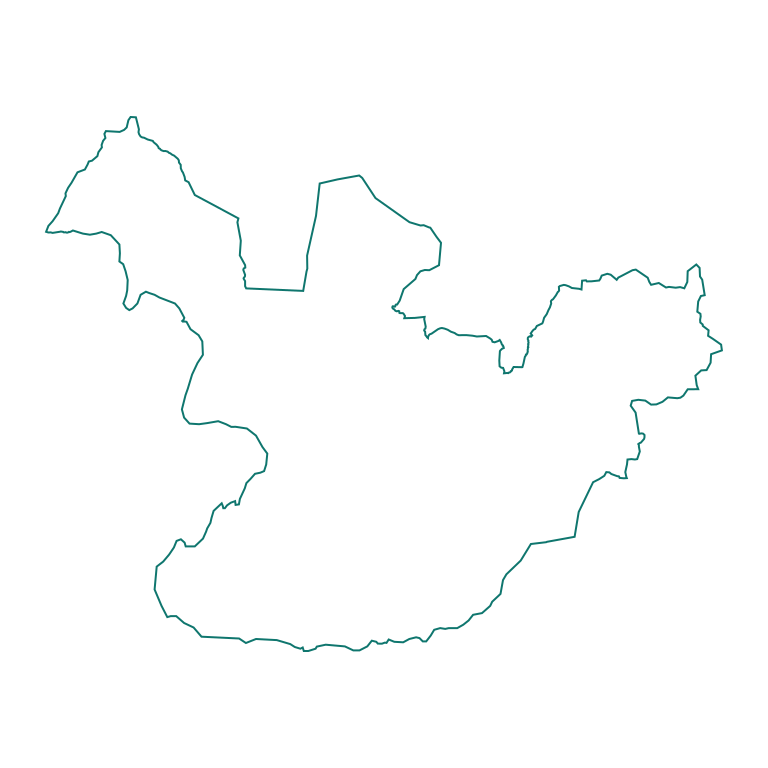 outline of Chikun, Kaduna, Nigeria
{"feature_id": "59680162B24550873512487", "entity_name": "Chikun", "entity_type": "district", "adm_level": 2, "iso_a3": "NGA", "parent_name": "Nigeria", "parent_adm1": "Kaduna", "projection": "mercator", "projection_center": [7.25, 10.419], "detail": "fine", "context": "isolated", "style": "outline", "palette": "teal", "viewbox_px": 768, "rotation_deg": 0, "n_neighbors": 0, "source": "geoboundaries", "source_scale": "gbopen_adm2", "svg_char_len": 6081}
<svg xmlns="http://www.w3.org/2000/svg" viewBox="0 0 768 768"><path d="M574.6,536.8L578.7,512.0L593.1,482.2L599.2,479.1L604.3,475.8L606.3,472.1L609.4,472.4L611.3,474.0L617.3,476.2L618.8,476.3L619.1,476.6L619.6,477.9L623.9,478.3L626.8,478.1L626.3,476.8L625.3,472.1L627.0,464.4L627.5,459.5L631.5,459.1L634.9,459.5L637.2,459.1L639.8,451.5L638.9,446.7L638.9,445.1L638.3,444.1L639.6,443.1L640.9,442.6L644.1,438.9L644.5,437.2L644.5,435.0L643.2,433.7L642.4,433.5L641.3,433.4L639.2,433.8L638.9,433.6L635.6,412.6L630.7,405.7L632.1,400.9L638.3,399.8L645.3,400.6L651.1,404.6L656.4,404.4L662.5,401.8L667.9,397.4L677.3,398.2L680.4,397.7L683.4,395.6L687.7,389.3L698.2,389.2L696.7,385.1L695.4,375.7L701.2,370.4L706.6,370.1L710.6,362.7L711.1,354.2L721.9,350.4L721.1,344.6L712.8,338.8L708.1,335.8L708.6,330.3L702.8,325.9L702.7,324.5L700.3,322.5L700.1,319.8L700.7,316.4L700.4,313.8L697.3,311.7L698.2,301.5L700.9,296.0L704.7,295.2L702.2,279.7L700.0,276.5L699.6,267.9L696.3,264.5L687.7,271.2L687.3,282.0L684.3,288.3L680.1,287.1L675.7,287.7L669.0,286.9L666.0,287.5L658.8,283.0L651.1,284.8L649.3,281.9L647.7,277.7L635.8,269.6L632.5,270.2L618.3,277.6L616.7,279.8L610.7,274.7L607.3,273.8L601.7,275.6L600.4,278.7L599.2,280.5L591.6,281.3L586.8,281.4L586.0,280.3L582.1,280.7L581.5,289.5L579.1,288.8L571.9,288.0L569.0,286.4L565.7,285.2L563.8,284.9L559.9,286.0L558.9,286.8L559.1,290.6L558.4,291.6L557.8,292.0L555.9,295.4L553.0,299.3L552.2,299.7L551.2,300.7L550.9,301.4L551.2,303.5L549.9,307.4L548.5,310.0L546.7,314.2L544.1,317.8L543.0,321.8L542.3,323.4L536.8,326.0L535.2,328.9L533.6,329.7L532.3,331.2L530.7,333.5L532.2,335.4L531.2,336.6L530.5,336.5L530.2,336.2L529.3,336.5L528.0,337.5L527.8,338.1L527.8,339.5L528.4,340.5L528.2,341.3L528.6,342.3L528.3,343.3L528.4,343.6L528.1,344.1L528.4,344.5L528.2,345.5L528.2,346.1L528.0,346.5L528.3,347.2L527.9,347.5L527.9,349.1L527.6,349.7L527.8,351.8L527.4,352.3L527.4,353.0L526.7,354.4L526.3,354.8L525.9,354.7L525.6,355.9L524.9,356.8L523.4,363.7L522.4,367.1L522.0,367.2L513.6,367.0L512.1,369.5L512.0,370.4L511.3,371.2L510.8,371.2L510.7,371.6L509.9,372.4L508.5,372.7L508.3,373.1L506.9,373.0L504.0,373.3L504.4,371.3L503.1,367.9L501.3,367.7L499.6,366.3L499.3,360.5L499.9,351.2L500.2,350.6L502.0,348.8L503.8,348.0L503.4,346.4L502.8,345.9L502.9,345.4L501.9,344.5L501.1,342.3L499.7,340.0L498.3,341.0L494.7,342.3L492.5,341.8L491.7,339.7L490.2,338.5L486.1,336.0L476.8,336.5L472.5,335.7L466.2,335.1L458.7,335.2L456.6,334.4L454.6,333.0L450.9,331.7L447.8,329.8L444.6,328.6L441.9,328.0L440.2,328.3L438.0,329.2L431.5,333.7L430.0,334.2L429.1,334.9L428.1,336.7L428.0,338.1L427.0,337.3L426.6,336.5L425.4,335.1L425.1,331.6L424.2,330.6L424.4,329.4L425.4,328.5L425.7,326.6L424.2,319.1L424.6,316.9L415.0,317.9L404.3,318.2L405.0,316.0L403.6,313.8L402.8,313.1L399.9,313.1L399.4,312.9L399.2,311.2L398.5,310.9L396.7,311.3L395.4,310.8L394.2,309.3L393.3,308.9L392.5,308.0L392.3,307.2L392.7,306.3L393.6,306.3L394.5,306.7L395.2,306.5L395.5,305.2L396.1,304.5L397.2,304.5L399.7,300.6L403.7,289.1L415.4,279.0L417.0,275.1L420.4,271.3L424.8,270.0L429.3,270.2L439.0,265.2L441.0,242.8L436.5,236.8L430.3,227.7L429.0,227.4L423.7,225.2L420.5,225.5L409.5,222.2L375.5,198.1L362.2,177.9L359.2,175.5L337.6,179.4L319.7,183.5L316.0,215.9L307.1,255.6L307.3,268.6L306.5,271.6L303.2,290.9L246.2,288.4L245.1,286.2L245.1,281.1L243.6,278.6L243.7,278.0L244.9,276.5L245.1,274.9L243.3,269.9L243.7,268.5L245.3,267.6L245.1,265.1L239.8,255.4L240.8,240.7L237.4,222.3L238.4,218.4L194.8,195.0L188.6,182.2L185.2,180.4L184.6,176.9L182.9,172.4L182.1,171.4L180.8,168.3L180.7,164.8L179.0,162.6L178.8,160.3L177.8,158.8L174.1,155.6L172.1,154.7L170.3,153.3L169.1,152.9L167.6,151.6L165.3,151.0L163.7,151.1L161.7,150.4L160.6,149.7L160.0,148.8L158.7,148.2L158.2,146.7L156.6,144.7L153.6,142.2L152.8,140.9L147.7,139.5L144.0,137.7L142.2,137.4L140.6,136.5L139.1,134.2L138.5,132.2L138.9,129.3L135.9,117.3L130.6,117.0L128.4,120.2L126.7,127.4L124.1,129.9L119.7,131.9L105.9,131.1L104.4,133.9L105.4,138.0L103.1,140.8L101.6,145.0L101.9,147.4L98.4,152.2L97.4,156.1L92.0,160.7L88.8,161.5L87.6,164.5L84.9,169.5L77.5,172.3L71.5,182.8L68.1,187.8L65.5,193.3L65.8,196.1L59.9,208.6L58.2,213.2L52.6,221.2L48.4,225.9L46.1,231.8L48.4,232.5L50.7,232.4L52.6,232.9L60.2,231.7L60.8,231.5L63.2,231.9L63.5,232.3L65.1,232.4L65.5,232.2L67.0,232.7L68.4,232.3L68.9,231.9L69.4,232.1L70.5,231.8L72.9,230.5L82.9,233.6L89.9,234.7L96.3,233.6L101.7,232.0L110.8,235.2L119.4,244.5L119.9,253.3L119.4,261.5L123.2,264.2L125.6,271.3L127.7,280.0L127.2,290.4L126.1,295.9L123.4,303.5L126.1,307.9L129.3,310.1L132.6,308.4L137.4,303.5L140.6,294.8L145.9,291.7L149.4,293.1L154.6,294.8L159.4,297.5L175.0,303.5L179.3,308.4L184.3,317.8L183.6,319.7L182.2,321.0L182.8,321.6L184.5,321.5L186.5,321.8L190.5,329.2L198.6,335.2L202.3,341.4L202.9,354.8L197.5,363.0L192.1,374.5L187.8,388.7L185.5,395.2L181.9,409.4L184.1,417.6L189.5,423.6L199.1,424.2L207.2,423.1L218.2,421.2L226.0,424.2L231.3,426.9L235.6,426.8L246.9,428.5L256.0,435.6L262.5,447.1L267.3,453.6L266.2,464.5L264.1,471.1L260.3,472.7L255.0,473.8L250.7,478.7L246.4,483.1L244.8,488.3L239.9,498.9L238.9,504.4L235.6,504.9L235.1,501.1L230.8,502.7L227.0,505.4L224.9,508.2L223.3,508.2L222.8,506.0L221.7,503.3L213.6,510.9L211.5,518.0L210.4,522.9L207.2,528.4L206.1,531.6L203.0,538.6L194.8,546.4L185.7,546.4L184.6,542.6L180.9,539.3L176.6,540.9L173.9,547.5L169.1,554.6L163.2,561.6L156.7,566.6L154.6,589.5L161.5,605.8L167.3,617.1L170.8,616.1L176.2,616.1L184.1,623.0L193.6,627.5L201.5,636.7L239.1,638.5L245.9,643.0L256.0,639.0L276.8,640.1L290.3,644.1L294.8,647.0L300.4,648.7L302.7,647.5L303.8,651.0L308.3,651.0L315.6,648.7L316.8,646.6L325.7,644.7L344.9,646.4L353.3,650.4L359.5,650.4L367.3,646.4L371.8,640.7L376.3,641.8L377.8,643.6L381.9,643.7L384.9,642.6L386.5,642.9L388.7,639.5L394.3,641.8L403.2,642.3L409.3,639.0L416.1,637.3L419.5,638.1L422.8,641.4L426.2,641.4L430.7,635.6L434.2,629.8L440.2,628.1L445.3,628.9L448.8,628.1L457.3,628.1L463.3,624.7L468.6,620.5L473.1,614.8L482.0,613.1L490.2,605.9L492.2,601.7L500.5,593.9L503.0,580.1L506.4,574.3L520.7,560.6L530.9,544.0L546.2,542.2L547.0,541.8L574.6,536.8Z" fill="none" stroke="#0f766e" stroke-width="2"/></svg>